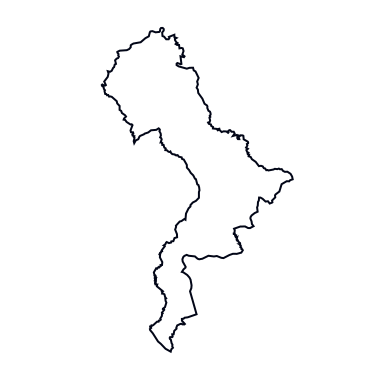 Jesús María, Santander, Colombia, rotated 275°
{"feature_id": "7082276B47652322340451", "entity_name": "Jesús María", "entity_type": "district", "adm_level": 2, "iso_a3": "COL", "parent_name": "Colombia", "parent_adm1": "Santander", "projection": "orthographic", "projection_center": [-73.834, 5.851], "detail": "fine", "context": "isolated", "style": "outline", "palette": "ink", "viewbox_px": 384, "rotation_deg": 275, "n_neighbors": 0, "source": "geoboundaries", "source_scale": "gbopen_adm2", "svg_char_len": 6067}
<svg xmlns="http://www.w3.org/2000/svg" viewBox="0 0 384 384"><g transform="rotate(275 192 192)"><path d="M347.1,160.7L344.5,155.5L343.4,156.1L342.1,155.4L341.9,153.0L344.3,150.7L344.8,149.0L348.3,148.4L350.3,149.7L351.8,149.7L352.9,148.5L352.7,146.9L351.7,146.2L349.2,146.0L348.6,145.4L347.9,141.8L348.8,138.5L348.3,136.6L347.5,136.1L343.3,135.4L341.2,132.2L336.7,127.8L334.8,120.7L333.4,118.7L332.8,118.2L330.8,118.3L328.9,116.9L327.6,114.7L326.5,107.7L325.1,105.4L324.4,105.5L323.0,106.8L321.7,106.6L320.5,107.4L319.0,106.7L318.3,105.3L316.5,103.9L313.0,105.1L312.2,103.9L309.6,103.5L308.9,102.7L305.7,101.4L304.6,99.8L305.0,97.6L302.8,98.5L299.3,98.0L294.4,94.9L291.0,96.9L290.6,96.5L290.6,94.7L291.3,93.3L290.7,92.8L289.6,93.4L288.9,94.8L287.1,95.2L285.8,96.4L285.1,96.0L282.1,97.0L282.1,98.1L281.0,98.9L281.3,100.1L279.8,101.1L280.1,102.4L279.8,103.8L275.9,109.1L273.7,109.8L271.4,112.4L267.5,112.7L266.6,114.4L264.6,115.3L262.6,118.7L261.4,119.7L259.3,117.9L258.1,117.6L257.9,119.2L256.1,120.7L253.9,124.8L254.2,126.0L253.4,126.9L248.0,125.4L246.3,126.0L246.3,128.1L245.0,128.5L244.2,127.5L243.0,127.9L242.6,129.7L241.6,129.3L241.0,130.0L237.5,129.5L235.6,130.2L238.5,131.5L239.9,133.9L242.6,134.8L243.4,135.5L245.3,139.1L246.0,139.7L247.5,143.2L249.9,145.8L250.8,151.0L252.5,153.2L252.1,153.9L251.1,154.6L249.8,154.2L247.5,155.7L245.6,156.1L243.6,155.5L243.1,156.5L241.9,157.2L238.9,156.5L239.1,157.0L238.1,157.6L238.1,158.1L236.3,158.3L236.4,159.6L233.9,160.5L233.1,162.0L231.4,161.8L231.4,163.3L230.1,165.0L229.9,166.5L230.4,167.0L229.1,167.7L228.0,169.1L227.9,171.6L227.2,172.3L227.1,173.5L227.5,173.9L227.4,174.6L226.0,175.8L225.6,178.7L224.1,179.2L223.6,181.0L218.5,184.5L215.8,184.8L213.7,187.1L210.9,189.1L208.7,191.8L205.5,193.8L205.1,194.8L200.1,196.6L199.5,197.8L197.3,198.7L194.3,199.3L192.6,198.9L186.8,199.4L183.5,196.7L181.6,193.7L178.8,191.6L177.4,191.7L175.4,190.0L170.0,187.9L163.8,187.9L164.4,186.7L162.1,184.0L161.5,182.3L157.0,178.9L155.9,179.2L153.1,178.5L148.7,180.7L145.6,181.1L144.6,178.6L141.4,177.7L141.0,175.7L139.8,175.5L139.1,173.5L140.2,170.4L140.0,170.8L137.8,170.1L136.5,168.7L136.4,169.3L136.0,169.1L135.5,169.6L131.6,167.1L130.4,167.4L130.2,166.5L128.8,166.3L128.6,165.5L127.0,165.0L126.8,165.7L124.1,165.7L119.6,168.5L116.7,168.5L116.5,167.1L114.7,167.5L115.2,167.3L115.1,166.8L114.1,165.9L114.5,165.5L114.0,164.9L112.5,163.9L112.9,163.0L108.6,161.0L106.5,161.7L105.8,162.6L105.3,162.1L104.7,163.1L103.9,162.6L103.5,163.5L102.9,162.8L102.4,163.7L102.0,163.7L102.0,162.7L100.8,162.9L101.4,163.6L101.1,163.7L100.3,162.9L99.9,163.7L98.7,163.1L98.3,163.1L98.4,163.7L97.0,163.6L97.1,164.3L96.3,164.7L96.6,165.4L95.0,165.2L90.6,171.6L89.9,170.7L89.1,171.3L88.2,171.1L88.1,172.6L87.6,173.5L85.2,174.3L83.9,175.4L83.6,174.7L81.2,175.2L79.6,176.1L74.9,175.1L73.2,173.2L72.9,173.2L72.8,174.3L72.2,174.6L69.3,172.6L68.5,173.3L67.9,172.7L65.9,172.8L63.1,171.4L62.1,172.0L61.2,171.1L61.0,170.2L59.9,170.0L59.8,168.5L56.1,165.1L55.2,163.8L55.5,163.2L54.7,162.9L54.4,162.0L53.3,162.3L53.5,163.0L53.0,163.2L51.8,162.0L50.7,162.4L47.9,165.2L40.1,171.2L38.0,174.2L33.5,179.3L31.1,184.7L33.5,185.1L35.2,186.6L36.4,185.8L38.3,185.8L39.5,184.9L43.0,183.8L43.7,182.8L44.7,182.5L45.5,182.8L45.7,184.9L46.2,185.3L48.5,184.7L48.7,186.1L52.1,186.4L54.5,188.5L55.4,188.2L57.8,188.9L59.6,192.0L59.8,193.2L59.3,193.9L59.4,195.9L59.9,196.4L62.9,193.2L64.7,193.0L65.0,194.6L66.1,195.6L66.8,198.7L70.6,207.2L92.9,198.7L96.1,199.7L99.0,199.7L104.5,198.2L106.6,196.9L108.9,194.5L111.2,190.4L111.5,188.9L114.2,190.3L116.1,192.1L116.9,192.2L121.9,188.8L124.2,188.3L126.5,189.0L127.7,190.0L128.9,192.2L128.2,194.3L128.1,200.5L126.0,203.4L125.6,205.0L126.4,208.1L129.9,213.9L129.7,219.5L130.4,222.3L129.0,226.9L128.9,229.1L132.5,234.8L134.0,238.1L134.3,242.1L135.9,246.4L138.4,247.7L139.4,247.0L139.5,246.2L141.0,245.9L141.3,245.0L142.6,245.3L143.3,244.4L143.8,244.4L144.2,243.6L144.4,244.5L145.3,244.3L146.3,242.8L148.0,241.7L147.6,241.2L148.3,240.6L150.6,240.9L150.1,240.4L151.4,239.9L151.1,239.4L151.8,239.0L152.2,239.7L152.7,239.7L152.6,238.7L153.8,238.4L153.8,237.3L154.4,237.2L154.7,237.9L157.7,237.9L159.1,237.1L161.8,243.1L162.3,247.9L161.0,251.0L161.1,252.9L163.3,256.3L165.3,254.5L167.9,253.9L170.6,252.5L172.0,252.5L173.8,253.4L176.5,256.3L178.1,259.1L182.3,258.2L184.2,258.7L187.8,258.6L189.3,259.3L192.3,259.3L192.4,260.7L191.4,262.9L188.9,266.1L189.4,268.5L187.3,270.4L188.3,272.5L188.7,273.0L190.5,272.5L193.9,275.4L195.9,275.0L196.8,275.4L200.1,279.0L207.6,280.6L211.0,285.4L211.1,287.9L212.3,288.7L213.4,291.2L216.1,290.4L218.7,288.6L220.5,285.3L220.2,282.7L221.0,280.8L222.6,279.4L222.3,277.6L222.9,276.5L222.2,275.0L222.3,272.5L221.5,271.2L220.1,266.2L220.5,265.4L220.2,264.1L221.8,262.8L222.0,261.5L223.7,260.2L224.1,258.4L223.6,256.4L227.6,252.8L229.9,248.8L232.0,247.4L232.5,245.3L234.2,245.7L234.4,244.3L235.1,244.0L236.1,244.7L236.6,243.5L238.5,242.5L239.9,243.9L240.9,242.0L243.1,243.1L244.6,242.5L245.4,243.6L246.3,243.6L247.0,243.2L249.0,238.9L252.4,238.3L252.8,237.6L252.7,235.4L252.0,234.9L252.3,233.9L250.9,233.7L248.8,234.5L248.7,233.1L249.7,232.4L252.5,232.3L252.8,231.8L251.4,227.9L254.0,229.4L255.7,228.3L255.5,226.1L256.9,224.7L256.9,223.9L256.1,222.9L254.6,223.2L254.1,222.8L255.3,220.9L255.2,218.2L254.3,216.3L256.2,214.1L257.4,213.7L257.1,212.8L255.9,212.7L255.7,212.3L257.0,211.2L257.1,207.3L258.6,207.3L259.5,205.4L260.9,205.0L261.4,202.8L262.6,202.0L263.3,203.5L265.0,203.8L267.5,202.9L268.4,203.7L269.4,203.0L270.7,203.8L272.1,203.6L273.6,202.9L274.4,201.3L277.1,199.9L278.6,199.9L279.5,199.4L281.0,196.8L285.9,194.2L291.2,189.6L294.6,188.9L296.3,187.5L299.7,188.5L302.5,187.5L306.2,188.7L312.4,185.0L313.3,183.1L315.9,182.2L315.5,178.7L314.4,176.1L316.0,167.7L317.1,165.6L318.5,165.5L319.2,166.2L318.3,169.7L318.6,170.3L326.2,168.7L325.6,172.2L326.5,172.7L328.1,170.4L331.7,171.3L334.3,170.3L334.6,169.1L334.0,167.0L337.3,166.3L337.2,164.3L338.0,162.8L338.5,163.2L338.5,164.3L339.1,164.7L339.8,163.4L341.7,161.9L343.0,161.6L344.1,163.1L344.7,161.0L347.1,160.7Z" fill="none" stroke="#020617" stroke-width="2"/></g></svg>